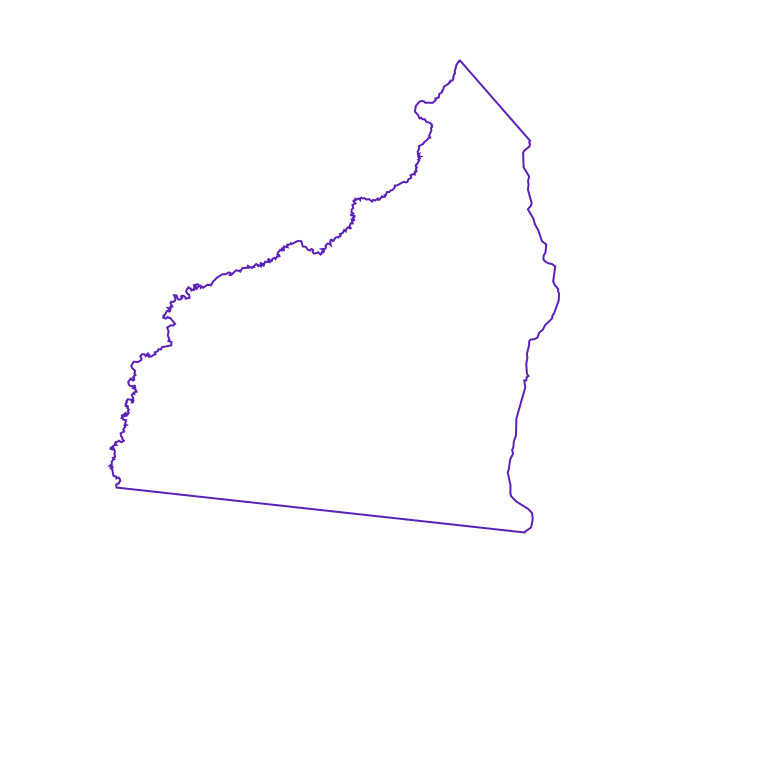 outline of Santa Rosalía, Vichada, Colombia, rotated 139°
{"feature_id": "7082276B93791485890149", "entity_name": "Santa Rosalía", "entity_type": "district", "adm_level": 2, "iso_a3": "COL", "parent_name": "Colombia", "parent_adm1": "Vichada", "projection": "mercator", "projection_center": [-70.657, 5.042], "detail": "fine", "context": "isolated", "style": "outline", "palette": "violet", "viewbox_px": 768, "rotation_deg": 139, "n_neighbors": 0, "source": "geoboundaries", "source_scale": "gbopen_adm2", "svg_char_len": 6166}
<svg xmlns="http://www.w3.org/2000/svg" viewBox="0 0 768 768"><g transform="rotate(139 384 384)"><path d="M114.2,471.7L114.4,577.9L115.2,577.7L115.4,578.6L119.9,577.3L125.4,573.6L126.8,571.7L127.9,571.8L130.9,569.8L131.0,569.1L133.1,568.1L134.8,569.4L136.0,568.3L136.7,568.9L138.2,568.3L143.7,569.1L145.8,567.5L147.7,567.2L148.8,566.0L151.9,566.7L154.7,564.3L156.4,565.3L157.7,564.9L158.0,565.6L159.1,564.2L162.8,564.3L168.4,569.3L168.4,570.8L169.6,572.6L172.0,573.9L177.5,573.0L182.0,569.3L181.8,565.1L182.9,561.1L181.4,560.7L181.2,558.5L179.5,557.1L180.1,554.6L177.8,550.2L177.7,548.4L178.2,548.4L178.8,546.5L180.5,546.5L182.0,544.2L187.0,541.8L187.4,539.7L188.9,540.5L191.5,539.9L195.0,540.2L196.5,539.5L201.7,540.5L203.7,538.1L206.0,537.4L207.7,534.9L206.4,534.5L208.3,533.5L207.3,531.8L209.0,532.6L209.0,530.8L210.9,530.9L210.7,529.7L214.9,528.2L216.3,528.4L217.4,527.2L217.1,526.0L219.1,525.1L219.8,523.4L221.1,523.1L221.5,524.0L223.4,521.9L224.3,523.3L227.1,524.2L227.7,522.2L228.8,521.8L231.4,522.5L233.8,521.1L235.1,521.7L236.7,523.8L243.8,525.3L245.7,526.6L247.1,525.2L250.6,524.9L252.3,525.8L253.9,525.4L256.0,527.0L258.0,525.6L259.3,526.0L259.1,525.3L260.3,524.8L262.4,525.8L262.4,527.0L266.8,526.1L267.6,526.9L267.0,528.1L270.3,528.3L271.4,530.1L273.3,529.5L274.1,533.4L276.2,534.7L276.9,537.1L278.6,538.3L278.8,539.5L280.4,539.8L281.3,538.7L281.4,540.5L283.2,541.1L283.9,542.6L284.8,541.5L285.8,542.3L287.1,542.1L287.0,539.0L290.4,539.8L291.9,536.9L293.9,536.9L295.7,535.2L295.4,532.7L297.6,533.4L298.1,533.0L296.1,530.0L297.1,529.3L298.7,529.6L298.9,527.4L300.3,527.6L300.7,528.8L302.3,525.8L303.6,527.1L307.0,525.5L306.7,522.7L308.7,525.8L310.3,525.8L312.8,524.3L313.0,526.4L316.0,525.1L318.9,526.0L318.8,524.9L320.1,524.2L320.9,524.8L322.4,524.5L323.1,525.8L324.6,526.3L328.3,525.2L328.9,525.7L328.9,527.4L329.6,527.6L331.2,526.8L332.9,524.0L332.9,525.0L334.6,527.1L337.2,526.8L338.5,524.9L339.5,524.6L342.6,526.7L341.8,523.8L343.3,523.1L344.3,524.4L345.8,523.3L347.0,523.3L347.3,526.7L349.4,527.1L351.4,528.6L351.3,530.5L349.6,531.8L350.2,533.4L352.3,533.3L353.4,535.3L353.1,538.8L355.1,541.2L352.7,545.9L355.0,548.4L361.1,550.0L361.9,551.2L362.5,550.6L365.6,552.5L365.9,551.7L366.9,551.8L367.1,550.6L369.4,553.5L371.7,550.8L372.2,551.8L371.3,552.6L372.1,553.3L373.7,551.9L374.4,553.4L378.2,552.6L379.4,551.6L378.6,550.3L379.1,549.1L381.2,550.4L383.9,549.5L384.0,551.1L385.9,551.7L388.1,550.4L389.3,552.4L388.8,553.0L389.3,554.0L390.2,553.5L390.5,552.3L389.7,552.1L390.4,551.0L393.5,554.3L397.2,552.3L397.8,553.4L396.7,554.3L397.7,555.2L397.2,556.8L399.8,553.6L400.6,555.9L401.6,555.6L401.7,558.4L405.2,558.3L405.4,557.5L406.6,558.4L407.5,558.2L407.8,559.3L410.0,560.8L408.8,561.1L409.2,562.4L411.1,561.5L414.8,564.4L418.8,563.2L419.0,564.8L420.2,565.4L421.0,566.9L427.6,566.5L428.8,567.4L427.1,568.1L427.8,570.0L431.3,570.6L434.1,572.9L440.0,573.8L445.4,573.5L450.0,572.0L450.3,573.3L451.3,573.5L452.1,574.7L457.4,575.3L457.4,576.7L459.1,576.8L458.1,577.9L458.2,579.1L459.8,579.1L459.1,581.5L462.7,583.3L463.3,582.2L461.7,579.8L462.1,578.9L463.3,578.7L464.1,581.2L465.9,579.7L466.8,581.0L468.0,581.0L467.2,583.1L468.1,583.9L468.0,585.2L471.0,584.7L472.6,583.7L473.1,580.6L472.6,579.2L474.3,576.6L477.7,578.6L477.0,579.7L477.4,582.0L479.0,583.3L479.8,583.0L479.8,581.3L482.2,581.4L483.5,582.3L483.8,583.4L482.5,587.0L484.2,588.7L485.4,585.3L486.9,584.0L489.1,584.1L490.6,585.7L492.1,585.1L493.0,581.3L494.4,582.5L495.4,581.1L497.2,583.1L497.3,580.9L496.4,580.4L497.6,579.5L498.4,579.4L499.9,581.6L504.1,579.9L505.6,580.3L505.8,579.1L507.0,578.9L505.8,576.5L503.3,576.5L502.9,574.9L502.0,574.3L502.2,566.5L504.8,566.4L506.4,568.2L510.7,568.8L511.9,565.2L515.2,562.6L517.0,558.0L518.5,557.8L516.9,555.1L519.2,552.7L527.5,557.5L529.6,556.3L531.4,558.2L533.3,557.2L536.3,558.3L537.0,556.3L538.5,557.1L541.5,557.4L543.5,558.8L542.2,560.0L544.5,560.7L542.6,561.1L542.3,561.9L545.6,561.4L545.2,563.4L546.9,565.1L549.7,565.0L550.4,562.2L551.4,561.3L555.4,562.1L558.3,565.0L562.9,563.5L563.6,561.5L563.3,557.1L565.4,555.7L565.6,553.9L567.0,554.2L567.9,553.2L569.2,553.6L569.4,551.4L570.3,551.1L571.2,551.4L571.8,554.2L575.7,553.4L576.9,551.1L576.9,549.3L576.0,548.0L573.2,546.3L574.0,544.6L576.1,545.4L575.1,543.0L575.8,540.5L577.7,541.5L578.9,540.3L579.2,541.5L581.6,541.2L582.5,537.8L583.4,537.5L584.1,535.7L585.6,534.9L586.4,535.6L585.3,536.7L585.1,538.0L587.5,540.6L589.6,540.0L590.1,538.8L591.8,538.8L592.2,537.6L593.3,537.2L593.1,535.9L592.0,535.6L592.0,534.9L593.5,534.0L593.4,532.0L595.1,531.6L595.6,529.7L597.4,529.2L598.0,531.7L599.9,531.6L598.5,529.3L599.1,528.9L601.0,530.0L602.0,532.1L602.7,532.0L603.1,531.0L604.4,530.4L603.5,529.5L604.2,528.2L602.4,525.9L605.7,523.6L605.2,522.1L607.1,522.9L607.4,521.4L610.4,520.9L611.2,518.6L615.1,519.6L616.7,517.1L616.5,515.3L617.5,514.2L617.6,511.8L620.3,512.3L621.3,515.1L622.9,515.1L624.5,516.2L625.7,515.9L625.9,513.5L627.4,514.8L632.6,515.0L632.9,514.2L631.9,512.7L630.1,513.4L631.2,509.8L633.6,507.9L634.3,505.8L635.4,505.4L636.9,506.1L637.0,504.3L637.9,504.8L640.7,503.8L642.1,502.0L644.7,502.2L643.0,499.9L643.8,499.0L645.5,499.7L645.2,497.7L648.4,492.3L646.9,489.7L647.9,488.3L645.7,487.5L645.7,485.7L646.8,483.7L648.1,483.8L649.0,483.0L652.1,483.8L653.8,481.3L375.2,179.6L374.1,180.1L368.3,179.3L366.7,179.5L361.5,183.5L359.4,185.6L356.9,189.8L357.2,195.2L361.2,208.2L361.7,215.5L360.2,218.8L354.8,224.8L348.6,236.2L346.0,237.6L338.2,244.3L332.4,246.7L330.5,250.2L328.0,251.3L323.4,255.7L318.4,258.4L306.6,271.2L279.5,288.8L275.9,294.6L274.3,293.4L271.8,295.5L269.7,295.2L269.5,297.8L263.5,305.8L258.6,309.7L256.4,313.0L248.9,318.2L246.5,320.9L244.2,321.3L240.7,319.0L237.7,318.4L233.2,320.9L228.7,320.8L223.7,322.7L214.3,323.2L211.8,325.2L209.6,325.6L197.4,332.4L192.7,337.2L191.8,339.7L190.3,341.4L190.1,347.0L189.0,350.5L177.6,360.4L178.5,364.3L180.9,367.5L182.1,371.5L181.7,373.8L179.1,376.2L175.9,377.3L170.0,382.8L171.1,388.2L166.7,398.8L165.3,405.5L162.8,410.6L160.8,421.5L156.0,422.2L153.9,423.6L147.9,436.2L143.9,439.9L142.4,442.4L138.2,445.6L136.5,455.9L127.3,467.3L125.2,468.1L118.6,467.8L116.6,469.0L115.8,471.2L114.2,471.7Z" fill="none" stroke="#5b21b6" stroke-width="2"/></g></svg>